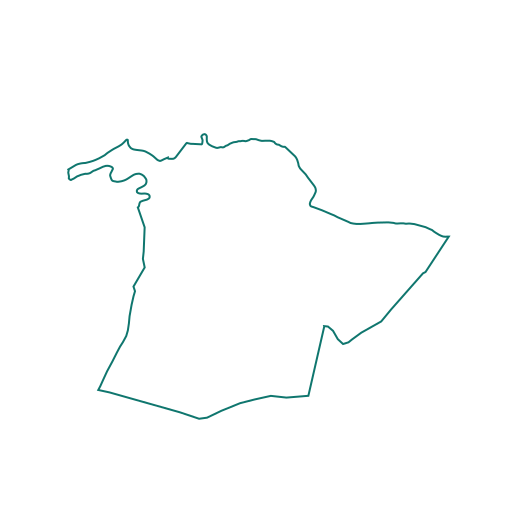 Mae Lan, Pattani, Thailand (Natural Earth projection), rotated 253°
{"feature_id": "78962969B32664708228231", "entity_name": "Mae Lan", "entity_type": "district", "adm_level": 2, "iso_a3": "THA", "parent_name": "Thailand", "parent_adm1": "Pattani", "projection": "natural_earth1", "projection_center": [101.273, 6.665], "detail": "fine", "context": "isolated", "style": "outline", "palette": "teal", "viewbox_px": 512, "rotation_deg": 253, "n_neighbors": 0, "source": "geoboundaries", "source_scale": "gbopen_adm2", "svg_char_len": 6130}
<svg xmlns="http://www.w3.org/2000/svg" viewBox="0 0 512 512"><g transform="rotate(253 256 256)"><path d="M218.2,446.0L218.5,445.1L219.1,442.6L219.9,440.7L220.9,439.3L222.6,437.4L225.4,434.9L227.2,433.4L229.4,431.9L230.8,430.2L234.0,426.6L240.2,416.8L242.0,412.7L242.4,411.5L243.0,408.8L244.2,406.4L244.9,404.1L245.8,400.3L246.4,398.8L247.4,397.3L249.5,392.3L252.4,381.9L253.5,377.3L254.2,373.7L254.9,370.5L256.2,364.9L257.4,361.2L258.6,358.5L259.9,356.1L261.7,354.2L269.2,345.4L272.0,342.6L274.1,340.0L280.5,332.4L284.0,327.8L285.9,325.3L287.1,323.5L287.7,322.9L288.3,322.7L289.2,322.6L290.1,322.7L291.0,323.2L292.0,323.9L293.3,325.1L295.9,328.3L297.4,329.7L299.7,331.7L300.8,332.3L301.6,332.5L303.2,332.7L304.4,332.6L306.3,332.1L315.7,328.6L319.5,327.4L325.1,324.6L326.8,323.8L328.6,323.4L329.8,323.2L332.4,323.5L334.3,323.5L335.8,323.5L337.2,323.3L338.6,323.0L340.1,322.4L351.0,316.2L351.9,315.6L352.0,315.5L352.3,314.4L352.6,313.7L353.0,313.1L353.2,312.8L353.7,312.2L355.7,310.4L356.4,308.9L356.7,308.5L357.2,308.0L358.0,307.4L358.6,307.1L359.3,306.9L359.5,306.8L359.7,306.7L359.9,306.5L360.1,306.3L360.8,305.3L361.2,304.8L361.9,303.5L362.1,303.1L362.5,302.0L363.2,299.7L363.5,298.7L364.2,295.8L364.5,295.0L365.1,293.9L366.1,292.3L367.6,290.3L367.9,289.6L368.2,288.8L368.8,286.9L369.3,285.6L369.3,285.1L369.3,284.8L368.9,283.4L368.8,283.0L368.8,282.3L368.7,280.7L368.8,279.8L368.8,279.6L368.9,279.3L369.4,278.5L369.8,277.5L370.1,276.6L370.2,276.1L370.3,274.9L370.4,274.3L370.5,274.1L370.8,273.3L370.8,273.1L370.9,272.5L370.8,271.1L370.9,270.3L371.3,268.0L371.3,267.3L371.3,266.8L371.0,263.8L370.6,262.5L370.3,261.5L370.2,261.0L370.2,259.7L370.1,259.2L369.9,258.5L369.5,257.2L369.5,256.8L369.5,256.4L369.6,255.9L370.2,254.7L370.4,254.1L370.5,253.7L370.5,252.9L370.6,251.1L370.7,250.5L370.9,250.0L371.3,249.3L373.7,246.2L374.5,245.4L376.2,243.8L376.9,243.4L377.4,243.1L377.8,242.9L378.4,242.7L379.2,242.6L379.6,242.6L380.0,242.6L381.1,242.8L381.9,243.0L384.7,243.9L385.4,243.9L385.9,243.8L386.4,243.6L386.8,243.4L387.3,242.9L387.5,242.5L387.6,242.3L387.6,241.8L387.6,241.2L387.6,240.8L387.5,240.5L387.2,239.9L386.9,239.4L386.6,239.0L386.3,238.8L386.0,238.6L385.8,238.6L382.9,238.8L382.2,238.7L381.6,238.5L379.8,237.7L379.0,237.2L378.9,237.1L378.8,236.9L378.7,236.6L378.8,236.3L380.2,232.5L381.1,230.0L381.6,228.7L381.9,227.7L382.3,226.6L382.5,226.1L383.8,223.8L384.0,223.4L384.3,223.1L384.3,222.9L384.3,222.7L384.2,222.5L384.0,222.1L374.3,208.6L373.8,207.8L373.4,206.8L373.2,206.0L373.2,205.7L373.2,205.1L373.3,204.7L373.5,204.0L374.1,202.1L374.6,200.9L374.9,200.5L375.0,200.4L375.4,200.4L375.6,200.4L375.9,200.5L375.8,199.4L375.5,196.4L375.1,194.2L374.9,192.6L375.0,192.3L375.0,192.0L375.2,191.6L375.5,191.2L376.0,190.6L376.4,190.1L376.9,189.7L378.7,188.6L381.2,187.1L382.7,186.0L385.1,184.0L385.7,183.4L388.0,181.1L388.6,180.4L388.9,179.9L389.3,179.4L390.1,177.9L392.5,172.5L393.4,170.7L393.8,170.0L394.4,169.2L394.9,168.7L395.4,168.2L395.9,167.8L397.1,167.3L398.2,166.9L398.8,166.7L399.9,166.6L400.6,166.6L401.2,166.6L402.5,166.8L404.4,167.3L404.6,167.2L404.8,167.0L405.0,166.7L405.0,166.1L404.9,165.8L403.2,162.8L402.1,160.5L401.6,158.9L401.0,156.6L400.0,151.2L399.4,148.9L398.5,145.8L398.0,144.1L396.9,141.4L396.7,141.0L396.5,140.2L395.3,134.6L394.8,130.7L394.6,128.0L394.6,124.5L394.8,120.6L394.9,119.8L395.3,118.2L395.6,116.6L395.8,115.0L395.9,113.0L395.9,112.0L395.8,111.2L395.7,110.3L393.6,101.8L393.2,101.9L392.8,101.9L392.7,101.9L391.0,101.0L390.8,100.9L390.4,100.8L388.4,100.6L387.3,100.5L386.8,100.4L386.0,100.1L385.5,99.9L385.0,99.7L384.7,99.8L384.4,99.9L384.0,100.0L383.4,100.5L383.1,100.8L382.8,101.2L382.8,101.4L383.0,102.1L383.3,104.3L383.7,105.7L384.4,108.1L384.5,108.4L384.5,109.0L384.6,110.5L384.8,112.2L384.6,116.2L384.5,116.6L384.5,117.0L384.1,118.0L384.0,118.5L383.9,119.1L383.8,119.8L383.8,121.2L383.9,121.9L384.6,124.1L385.0,125.5L385.0,127.0L385.0,127.5L385.2,128.9L385.5,131.7L386.0,135.1L386.1,135.8L386.1,136.2L386.1,137.1L386.1,138.1L386.1,138.7L386.0,139.1L385.7,140.3L385.4,141.0L385.1,141.7L384.6,142.5L383.7,143.6L383.5,143.9L383.1,144.2L382.7,144.4L382.3,144.6L382.0,144.7L381.5,144.7L381.4,144.6L381.0,144.5L380.5,144.0L378.9,142.5L377.5,141.1L376.9,140.7L376.1,140.2L375.8,140.1L375.4,140.0L373.5,140.0L372.0,140.1L371.1,140.2L370.5,140.4L369.9,140.8L369.6,141.1L369.3,141.6L368.8,142.5L368.2,143.7L367.8,144.3L367.5,145.1L367.3,145.7L367.2,146.4L366.9,148.5L366.8,149.5L366.8,151.9L366.9,153.0L367.0,153.8L367.3,155.3L367.8,157.1L368.6,159.8L369.2,162.0L369.4,162.9L369.5,163.8L369.5,164.5L369.5,165.3L369.3,166.5L369.1,167.4L369.0,168.0L368.9,168.3L368.7,168.7L368.4,169.1L367.8,169.9L367.3,170.5L366.4,171.3L365.9,171.6L365.4,172.0L364.9,172.3L364.0,172.6L362.6,173.1L361.9,173.3L361.1,173.4L360.6,173.4L359.5,173.1L358.8,172.9L358.0,172.4L357.5,172.0L357.3,171.9L356.8,171.3L356.3,170.4L356.1,170.0L356.0,169.7L355.8,169.0L355.3,166.6L354.9,163.9L354.7,163.1L354.6,162.6L354.4,162.2L354.0,161.7L353.6,161.3L353.3,161.2L352.9,161.0L352.7,161.0L351.9,160.9L351.8,161.0L351.3,161.2L350.6,161.8L350.2,162.4L349.8,163.0L349.5,163.7L349.1,164.6L349.0,165.0L348.7,166.3L348.4,167.4L348.1,168.3L347.7,169.2L347.1,170.2L347.0,170.4L346.6,170.8L346.3,171.2L345.9,171.4L345.5,171.6L345.2,171.7L345.0,171.8L344.3,171.7L344.0,171.7L343.5,171.5L343.2,171.4L342.8,171.1L342.7,170.9L342.3,170.4L342.1,169.6L341.9,168.7L341.8,168.0L341.9,164.6L341.9,163.8L341.8,162.8L341.7,161.7L341.5,161.1L341.2,160.7L340.9,160.4L340.6,160.2L340.1,159.8L339.3,159.4L338.3,158.8L337.8,158.5L337.6,158.3L337.3,157.9L337.1,157.5L337.0,157.2L316.0,157.9L293.1,149.9L286.3,147.0L277.6,146.2L262.6,129.9L257.7,130.0L253.3,127.1L245.6,122.7L235.4,117.5L228.6,114.7L222.3,111.7L217.4,108.5L212.5,103.5L209.1,99.5L204.5,94.9L197.2,87.9L189.3,79.9L182.8,74.1L176.9,68.9L174.0,66.0L168.4,76.0L128.8,137.5L117.0,154.0L115.7,161.9L118.1,177.7L119.9,197.8L119.2,212.8L117.9,229.3L111.7,243.7L107.0,265.2L168.7,300.7L169.0,300.7L167.5,304.2L161.9,307.8L152.6,309.9L146.4,313.5L146.4,319.2L148.1,323.4L151.9,334.3L156.8,356.6L165.4,369.6L190.6,410.6L191.1,413.4L218.2,446.0Z" fill="none" stroke="#0f766e" stroke-width="2"/></g></svg>